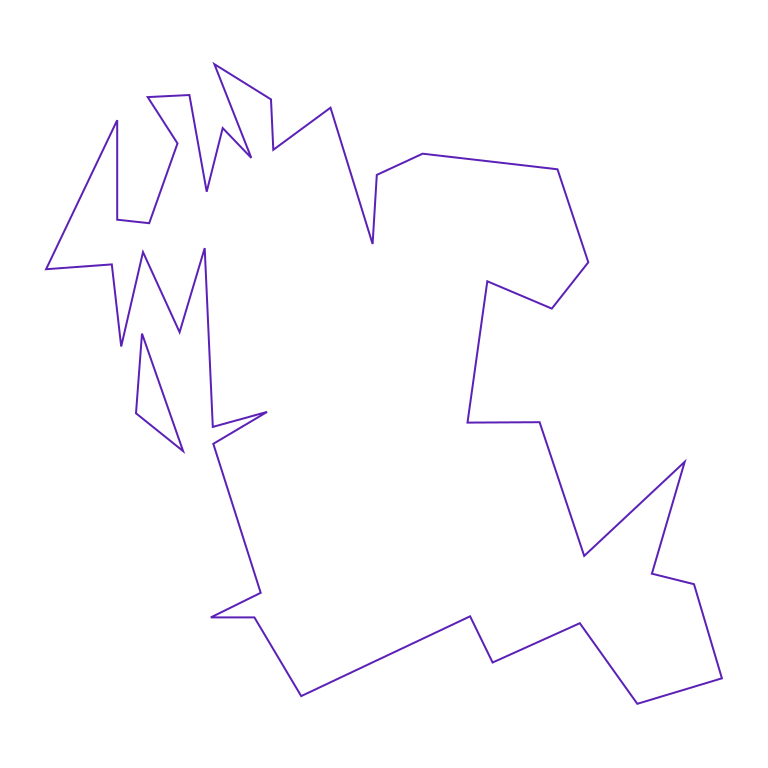 outline of South Chungcheong
{"feature_id": "KOR-2502", "entity_name": "South Chungcheong", "entity_type": "Province", "adm_level": 1, "iso_a3": "KOR", "parent_name": "South Korea", "parent_adm1": "", "projection": "equal_earth", "projection_center": [126.614, 36.518], "detail": "coarse", "context": "isolated", "style": "outline", "palette": "violet", "viewbox_px": 768, "rotation_deg": 0, "n_neighbors": 0, "source": "natural_earth", "source_scale": "10m", "svg_char_len": 711}
<svg xmlns="http://www.w3.org/2000/svg" viewBox="0 0 768 768"><path d="M470.1,616.3L301.2,696.1L254.4,617.4L210.8,617.4L260.7,592.8L213.3,443.8L267.1,411.9L212.8,426.9L204.7,248.1L179.6,332.2L143.0,252.1L121.2,346.5L111.8,264.4L46.1,269.2L117.2,120.2L117.2,219.7L149.2,223.2L177.5,143.4L147.7,97.1L189.4,95.0L206.7,191.7L222.7,128.1L251.3,157.9L214.4,64.2L271.0,99.4L273.3,149.8L330.5,107.7L372.6,244.0L376.8,174.9L422.6,153.7L557.5,169.3L588.3,262.3L551.8,308.6L487.3,281.3L467.5,422.6L539.6,422.2L584.2,555.9L684.7,461.8L651.9,573.7L694.0,584.2L721.9,678.3L637.3,703.8L579.8,623.2L492.6,662.5L470.1,616.3ZM142.0,333.6L183.1,451.1L136.0,413.3L142.0,333.6Z" fill="none" stroke="#5b21b6" stroke-width="2"/></svg>